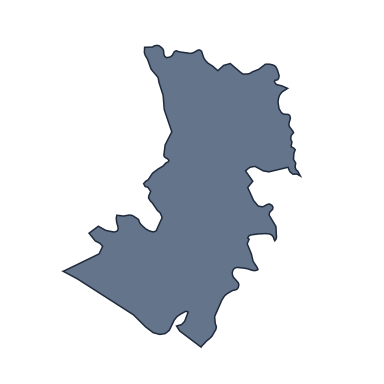 the District of Coimbra, rotated 288°
{"feature_id": "PRT-752", "entity_name": "Coimbra", "entity_type": "District", "adm_level": 1, "iso_a3": "PRT", "parent_name": "Portugal", "parent_adm1": "", "projection": "albers", "projection_center": [-8.26, 40.222], "detail": "fine", "context": "isolated", "style": "filled", "palette": "slate", "viewbox_px": 384, "rotation_deg": 288, "n_neighbors": 0, "source": "natural_earth", "source_scale": "10m", "svg_char_len": 3138}
<svg xmlns="http://www.w3.org/2000/svg" viewBox="0 0 384 384"><g transform="rotate(288 192 192)"><path d="M47.3,248.5L56.0,223.3L59.8,218.7L62.6,223.0L66.8,225.0L76.7,225.4L76.7,223.0L72.7,219.2L69.0,216.3L64.7,214.7L53.3,213.1L49.1,210.3L46.6,205.5L46.2,198.6L49.4,189.5L57.1,174.3L74.0,109.7L76.8,93.9L77.3,94.6L104.5,122.8L112.7,123.8L114.7,120.4L115.6,115.1L121.0,106.8L130.5,113.5L128.9,121.4L129.1,124.6L129.9,130.5L131.6,132.8L133.7,133.3L135.9,132.4L139.9,129.7L143.8,128.0L146.7,127.7L147.9,134.2L150.8,139.6L151.2,141.9L150.9,144.0L149.6,148.8L149.2,149.7L148.1,150.6L147.3,151.1L146.0,152.5L144.7,154.6L142.6,159.5L141.9,162.9L141.9,165.8L142.2,167.8L143.9,169.9L158.4,171.5L160.2,170.1L162.5,167.9L163.7,164.9L169.3,157.7L170.7,155.0L172.8,152.6L174.6,152.1L179.9,152.5L182.9,148.5L182.7,145.8L185.0,143.4L187.8,144.6L190.2,146.6L197.8,148.7L203.6,152.8L207.5,156.3L211.5,158.2L213.4,160.1L214.9,160.2L215.6,159.3L216.2,157.8L216.4,156.3L217.0,154.9L218.1,153.9L228.5,151.9L243.0,154.2L261.7,140.2L275.1,134.6L285.9,126.8L290.4,124.4L296.2,115.1L304.6,108.6L307.4,105.4L309.9,103.6L315.0,102.2L317.6,109.6L319.2,110.8L320.6,113.2L320.9,115.5L319.9,118.6L318.5,120.7L316.5,121.8L314.3,122.6L312.6,124.2L311.9,126.3L313.7,129.6L315.8,131.0L320.1,131.9L321.5,133.4L321.3,136.2L323.4,148.0L325.1,150.5L328.7,153.7L329.5,155.4L328.8,157.6L323.2,161.7L321.1,164.3L319.4,167.6L318.1,172.7L315.4,179.1L322.2,183.0L326.0,188.7L320.7,201.4L319.9,204.0L321.2,207.9L322.5,210.2L325.1,212.5L329.3,217.6L336.2,222.3L337.4,225.7L337.7,227.8L337.8,229.7L337.6,231.6L336.7,233.3L334.5,235.5L329.6,238.9L327.1,239.3L325.3,238.8L324.4,237.6L324.0,236.5L322.7,236.2L321.6,237.1L320.3,239.0L320.7,244.4L320.1,250.9L315.2,246.9L312.9,245.9L310.7,245.3L307.7,245.4L304.1,246.0L298.2,249.0L295.2,252.3L294.4,255.0L295.5,259.5L295.1,261.2L292.7,262.8L287.9,263.0L286.0,263.3L284.2,264.5L280.9,269.3L279.7,270.3L278.6,269.7L277.1,269.1L275.4,268.9L273.2,269.5L271.9,270.1L270.6,271.6L267.0,272.0L265.7,272.4L265.4,274.2L264.9,275.8L264.1,277.1L260.0,277.0L254.3,278.5L251.6,281.7L248.2,282.2L247.0,282.8L245.3,284.1L244.6,286.0L240.7,290.1L241.5,286.1L241.2,285.6L240.8,284.3L240.1,282.6L241.3,279.3L242.4,278.0L245.2,275.7L234.9,258.9L234.1,253.3L235.8,244.1L234.9,242.1L233.4,239.6L231.8,238.3L228.6,236.4L221.0,246.5L213.5,243.6L202.9,253.2L199.1,259.3L199.3,261.2L199.7,263.6L200.5,264.7L203.5,267.5L204.6,269.4L204.0,272.1L202.6,273.7L200.4,274.0L196.5,272.1L193.9,272.5L185.1,282.5L174.9,286.4L172.9,286.4L171.2,285.8L172.3,284.7L174.2,283.4L175.6,281.3L176.1,278.5L175.0,274.3L172.6,268.0L169.3,261.1L167.5,259.5L165.3,259.2L164.8,260.9L159.8,260.5L151.6,267.5L145.0,271.5L140.4,277.2L138.6,278.7L137.4,277.5L136.5,275.8L136.1,273.3L136.1,268.1L135.7,265.1L134.1,257.8L132.5,256.0L130.8,255.2L129.3,255.1L127.4,255.3L125.6,256.1L123.9,257.5L120.0,264.0L119.3,264.6L118.0,265.3L115.4,265.5L113.6,264.9L112.9,264.3L110.6,260.8L106.4,257.0L103.4,255.1L98.2,253.7L93.3,253.3L80.6,252.0L74.4,254.6L71.4,256.8L68.9,257.2L60.9,255.5L57.5,253.7L55.2,252.1L48.9,249.1L47.4,248.5L47.3,248.5Z" fill="#64748b" stroke="#1e293b" stroke-width="1.5"/></g></svg>